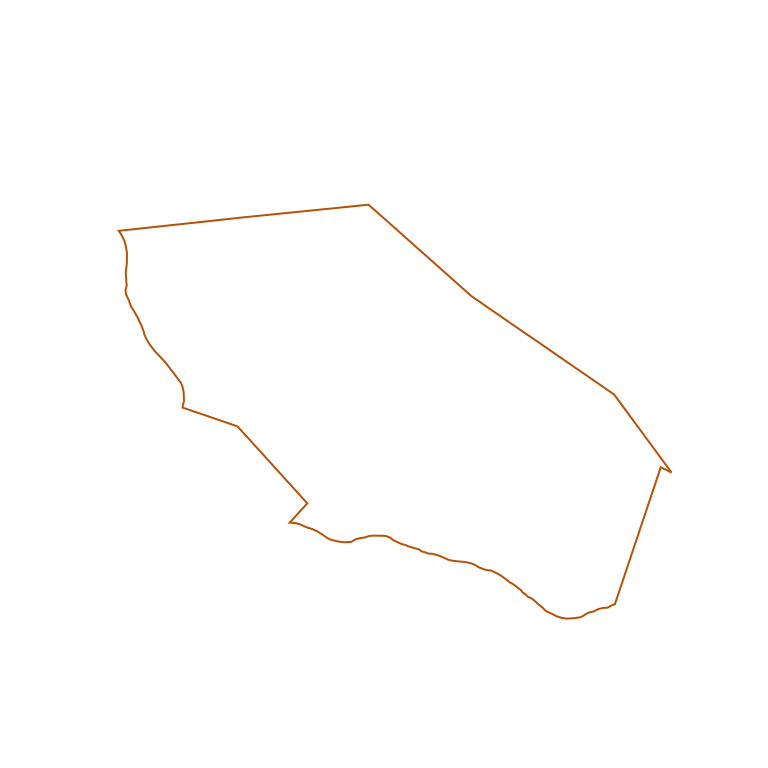 the district of Guaribas, Piauí, Brazil, rotated 109°
{"feature_id": "56859067B53995248140837", "entity_name": "Guaribas", "entity_type": "district", "adm_level": 2, "iso_a3": "BRA", "parent_name": "Brazil", "parent_adm1": "Piauí", "projection": "equal_earth", "projection_center": [-43.543, -9.085], "detail": "fine", "context": "isolated", "style": "outline", "palette": "amber", "viewbox_px": 768, "rotation_deg": 109, "n_neighbors": 0, "source": "geoboundaries", "source_scale": "gbopen_adm2", "svg_char_len": 1673}
<svg xmlns="http://www.w3.org/2000/svg" viewBox="0 0 768 768"><g transform="rotate(109 384 384)"><path d="M325.5,684.7L327.8,681.5L333.0,676.2L338.1,672.7L344.1,669.6L353.7,666.4L357.5,665.6L362.6,664.5L375.0,659.3L379.2,659.0L382.0,657.8L384.0,656.3L386.1,654.3L388.2,652.2L393.5,648.1L396.5,644.0L401.4,638.6L407.9,632.2L413.0,628.0L415.5,626.5L419.4,622.6L422.9,618.5L427.7,611.2L432.7,601.6L434.5,598.1L448.8,576.6L452.6,573.3L457.4,570.6L465.2,567.6L470.0,567.2L471.9,566.7L471.8,538.3L471.8,508.8L478.4,496.6L521.8,417.7L545.8,428.0L544.2,421.7L544.0,417.4L544.5,413.0L544.7,410.1L544.5,404.3L545.0,399.1L546.3,393.9L548.3,386.5L548.5,383.5L548.2,379.1L547.5,374.4L546.5,369.8L543.9,363.5L539.7,359.9L536.8,355.2L535.0,351.6L532.5,348.5L530.6,344.1L528.7,338.2L527.8,335.6L527.1,332.4L527.2,328.2L528.7,324.2L529.6,315.1L529.2,311.3L529.6,307.9L529.3,302.8L529.0,297.0L530.1,293.8L529.7,290.1L530.0,287.4L528.7,282.5L528.4,276.1L528.6,272.7L529.2,266.3L528.9,262.3L528.1,258.3L526.4,251.5L525.7,248.3L525.2,243.4L525.4,239.0L526.4,235.1L526.7,228.7L526.3,225.5L525.5,221.8L526.5,213.8L527.3,210.4L528.7,205.7L530.6,200.4L531.1,197.2L534.2,187.7L536.0,184.9L536.9,181.5L538.4,178.6L538.6,174.9L540.1,170.6L541.8,167.0L543.7,161.6L545.8,157.4L546.2,155.0L546.6,150.7L547.4,145.0L547.3,140.1L546.4,135.0L543.3,127.5L540.6,122.4L538.1,119.9L535.4,118.0L533.0,115.4L531.1,112.1L527.1,108.1L524.6,104.3L522.6,99.7L519.9,97.4L517.0,94.0L372.7,95.2L374.1,83.3L319.0,163.0L306.1,209.3L292.1,259.3L290.5,265.2L286.2,280.9L272.5,329.8L238.6,411.1L227.8,436.9L219.5,457.0L271.9,570.6L279.2,586.0L304.6,640.1L325.5,684.7Z" fill="none" stroke="#b45309" stroke-width="2"/></g></svg>